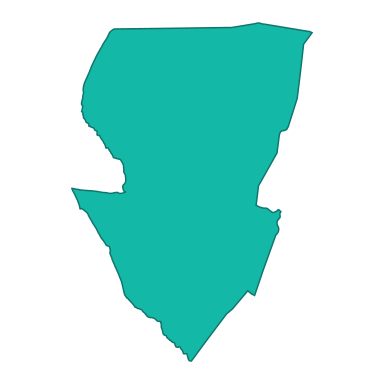 Mabalane, Gaza, Mozambique (Robinson projection)
{"feature_id": "85939544B83676990250137", "entity_name": "Mabalane", "entity_type": "district", "adm_level": 2, "iso_a3": "MOZ", "parent_name": "Mozambique", "parent_adm1": "Gaza", "projection": "robinson", "projection_center": [32.524, -23.58], "detail": "fine", "context": "isolated", "style": "filled", "palette": "teal", "viewbox_px": 384, "rotation_deg": 0, "n_neighbors": 0, "source": "geoboundaries", "source_scale": "gbopen_adm2", "svg_char_len": 5793}
<svg xmlns="http://www.w3.org/2000/svg" viewBox="0 0 384 384"><path d="M71.9,188.4L72.0,189.0L72.2,189.3L73.0,191.2L75.2,195.3L76.1,197.4L77.5,200.3L77.9,201.2L78.1,202.0L78.3,202.2L78.3,202.4L78.7,203.5L78.9,204.0L79.4,205.5L79.6,206.5L80.0,208.8L80.6,208.9L81.1,208.6L81.8,208.7L83.0,209.4L84.2,210.3L86.5,212.2L87.2,212.9L88.0,214.1L88.3,215.0L89.2,216.8L90.4,218.8L92.8,223.2L94.5,225.9L95.2,226.9L96.3,228.7L97.1,230.3L98.2,232.6L99.7,235.1L100.9,237.5L102.4,239.5L102.8,240.0L103.0,240.2L103.1,240.4L103.3,240.5L103.7,241.1L104.3,242.0L104.5,242.1L105.7,244.3L106.1,244.9L106.6,245.3L106.7,245.5L107.4,245.8L108.7,246.2L109.5,246.8L109.7,247.7L110.2,249.4L110.3,250.2L110.2,251.5L110.0,252.2L110.0,253.2L110.1,253.9L111.5,257.2L112.2,259.5L112.9,261.2L113.7,263.1L114.1,263.8L115.2,266.8L115.8,267.9L118.8,274.7L119.6,276.9L121.5,281.5L122.3,284.8L122.7,286.5L123.0,287.7L123.9,292.0L124.1,292.5L124.5,294.2L125.1,295.5L125.3,295.8L126.1,296.9L126.5,297.3L126.6,297.6L126.8,297.7L126.9,297.9L128.0,298.7L129.1,300.0L129.9,300.7L130.0,300.9L130.2,301.0L130.5,301.5L131.7,302.7L132.6,303.8L133.6,304.9L134.5,306.3L135.0,306.7L135.0,307.0L135.3,307.3L136.4,307.5L136.6,307.8L137.4,308.3L139.0,308.8L139.6,308.9L141.3,309.6L141.6,309.8L142.0,310.1L142.5,311.0L143.0,311.6L144.7,313.1L145.2,313.7L145.8,314.5L146.0,314.6L146.1,314.8L146.3,315.0L146.8,315.8L147.7,316.6L148.4,317.0L149.1,317.3L149.7,317.5L151.7,317.6L153.5,318.0L154.8,318.7L155.3,319.1L157.0,320.8L157.8,321.2L158.3,321.4L160.3,321.5L160.9,321.7L161.1,321.9L161.1,322.2L160.8,322.8L160.8,323.2L161.0,323.5L161.4,324.4L161.4,324.6L161.5,324.7L161.2,325.9L161.3,327.2L161.6,328.0L162.0,329.1L162.5,330.5L162.6,331.8L162.8,332.4L163.0,333.1L163.2,333.9L163.4,334.0L163.7,334.6L164.3,335.0L164.9,335.3L166.0,335.6L166.3,335.9L166.3,336.0L166.5,336.3L167.0,337.6L167.9,338.5L168.6,338.9L169.7,340.2L169.9,340.2L170.4,340.1L170.6,340.2L170.7,340.4L171.1,341.1L172.3,342.1L172.8,342.4L173.4,342.5L174.0,342.7L174.2,342.8L174.8,343.7L175.3,345.6L176.0,346.8L176.7,347.1L177.4,347.3L178.4,347.2L179.2,346.8L179.7,346.8L179.9,346.8L180.3,347.4L180.6,348.4L180.9,348.8L181.5,349.3L181.5,349.5L182.2,350.3L182.6,351.1L182.9,351.7L183.1,352.5L183.5,353.7L184.3,353.9L186.4,353.6L186.9,353.8L187.0,354.1L187.2,355.0L187.9,357.3L188.1,358.5L188.6,359.6L188.9,360.2L189.0,360.4L189.6,360.8L189.9,360.9L191.4,361.0L207.8,338.8L226.4,314.1L232.6,308.8L247.8,290.8L248.3,291.3L248.9,291.7L249.2,292.0L249.7,292.4L250.6,293.1L250.7,293.3L251.8,294.1L253.6,294.9L254.5,295.5L254.7,295.2L263.3,269.8L275.8,235.1L276.4,234.4L277.1,233.7L278.0,232.3L278.4,231.2L278.6,230.6L278.7,230.0L278.7,228.2L278.4,227.2L277.6,225.6L277.2,224.6L277.0,223.5L277.0,222.1L277.2,221.4L278.1,219.7L278.3,219.4L278.5,219.4L278.5,219.2L279.0,218.6L279.3,218.3L279.4,218.2L279.5,218.0L279.7,217.9L279.7,217.7L279.9,217.6L280.1,216.9L280.1,216.0L279.9,215.0L279.9,213.8L280.0,213.2L280.9,211.8L280.9,211.7L278.7,209.6L278.3,209.7L277.9,209.9L276.7,211.1L276.4,211.3L274.7,212.1L273.9,212.3L273.3,212.5L272.7,212.4L271.8,212.1L270.9,211.4L270.8,211.2L269.4,210.2L268.4,209.4L267.9,208.9L267.7,208.9L267.3,208.5L267.1,208.5L266.4,208.2L263.7,208.1L262.0,207.8L258.7,206.7L256.8,205.6L256.1,205.4L258.5,185.8L277.0,153.0L279.2,136.0L279.5,134.4L280.0,132.9L280.6,131.8L281.0,131.4L281.8,130.9L282.4,130.8L282.9,130.8L283.9,130.6L286.1,129.8L286.4,129.6L286.9,129.1L287.7,127.4L288.2,126.8L297.2,98.4L300.2,74.1L303.6,44.2L312.1,32.7L310.8,32.1L309.8,31.6L309.3,31.5L307.7,31.3L264.1,24.1L262.9,24.1L260.3,23.3L259.1,23.0L257.4,23.1L255.6,23.5L255.0,23.7L231.1,27.6L230.5,27.6L229.8,27.5L157.0,28.5L114.2,29.0L113.9,29.1L113.1,29.5L110.2,31.7L109.8,32.4L109.6,32.5L109.2,33.4L109.0,33.6L108.7,34.5L106.7,38.5L105.3,40.6L105.1,40.9L104.6,41.6L103.0,44.2L101.7,46.8L101.2,47.6L100.7,48.4L100.6,48.5L99.9,49.8L96.8,55.3L95.3,58.4L94.8,59.6L93.8,61.5L91.6,66.2L89.3,72.2L88.3,74.3L87.0,77.4L86.1,79.2L84.8,82.2L84.2,83.9L84.1,84.4L83.5,86.6L83.5,86.9L83.4,87.4L83.2,89.1L83.2,90.9L83.4,91.7L83.5,91.9L83.7,92.8L83.4,93.4L83.0,95.1L82.7,97.9L82.3,99.8L81.7,102.1L81.5,103.3L81.6,104.5L82.0,105.2L82.1,105.3L82.6,105.8L82.8,106.2L82.7,106.8L82.5,107.6L82.1,109.8L81.6,111.5L82.4,112.2L82.8,112.8L82.9,113.8L82.9,114.7L83.4,115.9L83.4,117.1L83.6,117.7L83.9,118.4L85.0,119.3L85.5,120.6L85.6,120.9L85.9,121.8L86.6,122.5L87.5,123.0L88.7,123.9L88.9,124.5L88.9,125.3L88.9,125.9L88.9,126.1L89.8,126.5L90.2,126.4L91.2,127.1L91.5,127.1L92.2,127.5L93.1,127.7L93.8,128.0L94.0,128.4L94.4,129.5L95.0,130.3L95.5,130.5L96.7,131.0L97.1,131.6L97.2,132.8L97.0,134.2L97.0,134.6L97.2,135.0L97.7,135.2L98.4,135.5L99.3,135.5L99.8,135.9L100.2,137.0L100.8,138.0L101.5,139.2L102.7,140.6L103.1,141.3L103.5,142.4L104.2,143.4L104.7,144.1L105.4,145.9L105.7,147.3L105.9,147.9L106.1,148.0L106.5,148.1L106.8,147.9L107.0,147.9L107.8,147.8L108.1,147.9L109.1,149.8L109.7,150.8L109.9,150.9L110.7,152.3L110.9,152.9L111.6,153.8L111.7,154.0L112.5,155.0L112.9,156.1L113.1,156.7L113.5,157.6L113.9,157.6L115.7,158.3L120.0,159.4L120.7,160.0L121.8,161.8L122.5,162.9L122.6,163.2L122.8,163.4L123.0,164.1L123.4,165.2L123.5,166.0L123.8,169.1L123.8,171.9L124.1,172.8L124.8,173.9L125.1,174.6L125.4,175.4L125.5,176.8L125.9,177.4L125.6,177.2L125.7,179.1L125.7,180.7L125.7,181.5L125.2,182.8L124.9,183.2L124.4,183.9L123.5,184.9L123.4,185.1L123.2,185.2L122.9,185.8L122.7,186.2L122.7,186.9L123.2,189.4L123.8,190.9L124.3,191.4L124.7,191.7L125.3,192.0L124.9,192.2L124.5,192.3L124.2,192.5L122.7,193.1L121.0,193.4L119.5,193.4L119.2,193.4L117.8,192.5L117.2,192.4L115.0,192.6L113.8,192.8L112.7,193.2L110.9,193.3L110.5,193.4L109.8,193.4L106.2,192.7L102.4,192.4L97.4,191.5L94.3,191.1L90.0,190.7L87.9,190.6L87.2,190.5L86.3,190.5L81.0,190.0L78.6,189.5L76.8,189.3L73.1,188.5L71.9,188.4Z" fill="#14b8a6" stroke="#0f766e" stroke-width="1.5"/></svg>